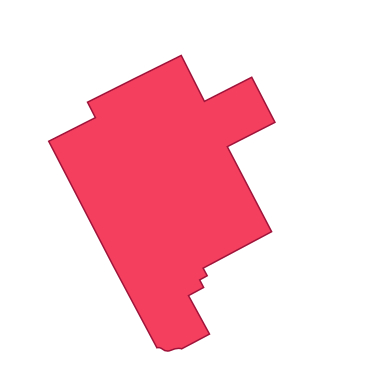 Athens, Ohio, United States of America (Mercator projection), rotated 59°
{"feature_id": "52423323B42850579427463", "entity_name": "Athens", "entity_type": "district", "adm_level": 2, "iso_a3": "USA", "parent_name": "United States of America", "parent_adm1": "Ohio", "projection": "mercator", "projection_center": [-81.929, 39.369], "detail": "fine", "context": "isolated", "style": "filled", "palette": "rose", "viewbox_px": 384, "rotation_deg": 59, "n_neighbors": 0, "source": "geoboundaries", "source_scale": "gbopen_adm2", "svg_char_len": 510}
<svg xmlns="http://www.w3.org/2000/svg" viewBox="0 0 384 384"><g transform="rotate(59 192 192)"><path d="M65.2,183.0L61.2,235.3L78.5,236.5L74.7,288.7L214.3,297.5L307.4,302.3L307.4,302.1L308.8,299.9L310.1,298.9L313.9,297.0L315.9,294.6L316.5,293.1L317.6,287.5L319.1,284.0L320.5,282.1L321.1,281.7L322.8,250.2L279.0,248.4L279.8,231.2L271.3,230.7L271.6,222.1L263.0,221.7L267.0,144.2L171.3,138.4L175.0,85.0L124.4,81.7L120.7,134.7L69.4,130.9L65.2,183.0Z" fill="#f43f5e" stroke="#9f1239" stroke-width="1.5"/></g></svg>